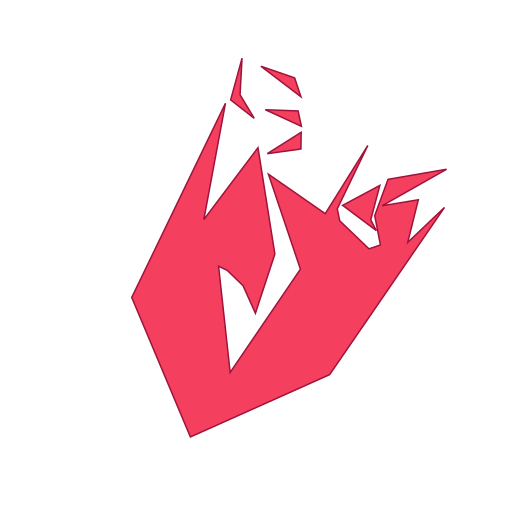 map outline of Hordaland (Robinson projection), rotated 127°
{"feature_id": "NOR-913", "entity_name": "Hordaland", "entity_type": "County", "adm_level": 1, "iso_a3": "NOR", "parent_name": "Norway", "parent_adm1": "", "projection": "robinson", "projection_center": [5.687, 60.257], "detail": "coarse", "context": "isolated", "style": "filled", "palette": "rose", "viewbox_px": 512, "rotation_deg": 127, "n_neighbors": 0, "source": "natural_earth", "source_scale": "10m", "svg_char_len": 774}
<svg xmlns="http://www.w3.org/2000/svg" viewBox="0 0 512 512"><g transform="rotate(127 256 256)"><path d="M152.4,372.3L258.3,319.6L168.3,319.6L243.1,242.1L302.1,222.0L287.5,248.5L284.8,270.3L286.7,279.7L364.5,206.6L239.8,212.6L183.2,295.3L180.5,226.2L100.4,233.2L169.4,219.5L177.5,210.3L182.3,170.1L172.3,163.3L152.3,185.5L115.3,196.7L72.0,156.0L139.9,185.5L113.4,160.2L153.8,143.0L103.8,134.7L306.4,125.8L440.0,199.5L363.9,330.3L152.4,372.3ZM163.3,175.2L163.4,217.3L125.1,199.6L158.1,186.1L163.3,175.2ZM106.4,386.2L136.8,365.8L147.1,340.3L146.6,370.2L106.4,386.2ZM125.1,297.8L133.6,336.6L114.8,309.7L125.1,297.8ZM143.5,284.5L167.5,308.6L130.0,294.4L143.5,284.5ZM101.8,315.9L101.5,366.3L90.5,332.3L101.8,315.9Z" fill="#f43f5e" stroke="#9f1239" stroke-width="1.5"/></g></svg>